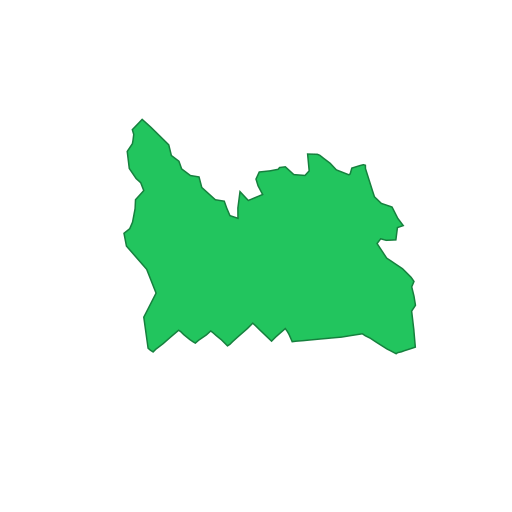 outline of Al-Namaniya, Wasit, Iraq, rotated 315°
{"feature_id": "34846034B89044527210900", "entity_name": "Al-Namaniya", "entity_type": "district", "adm_level": 2, "iso_a3": "IRQ", "parent_name": "Iraq", "parent_adm1": "Wasit", "projection": "equal_earth", "projection_center": [45.52, 32.446], "detail": "fine", "context": "isolated", "style": "filled", "palette": "green", "viewbox_px": 512, "rotation_deg": 315, "n_neighbors": 0, "source": "geoboundaries", "source_scale": "gbopen_adm2", "svg_char_len": 1879}
<svg xmlns="http://www.w3.org/2000/svg" viewBox="0 0 512 512"><g transform="rotate(315 256 256)"><path d="M304.2,433.1L315.2,420.0L315.0,420.3L327.1,405.0L333.1,403.8L333.9,403.6L339.3,396.1L344.3,387.9L349.7,385.7L350.6,380.8L350.6,368.7L346.9,349.9L350.4,332.8L356.3,332.0L359.2,337.0L366.3,343.5L376.1,335.9L381.6,338.6L382.9,329.5L386.8,317.6L381.8,307.4L381.6,297.9L384.5,292.2L395.2,271.6L397.5,269.2L396.5,267.4L393.5,265.6L385.9,261.6L380.7,264.5L379.1,264.3L373.7,251.9L374.0,242.9L373.1,236.3L373.0,235.8L372.3,229.9L371.3,227.5L364.6,220.4L353.8,233.4L347.6,233.7L340.3,225.2L339.8,213.7L335.2,210.1L333.0,210.4L326.1,205.7L317.7,198.9L310.4,201.6L307.1,207.8L304.2,217.2L289.8,211.3L290.2,199.2L277.2,209.2L269.9,216.6L266.1,209.0L269.2,201.3L272.3,194.8L267.6,188.3L267.0,187.5L266.1,169.2L271.6,159.8L266.5,152.7L265.0,141.8L268.5,134.5L267.2,125.1L272.9,115.7L272.7,90.7L272.1,78.9L264.3,79.1L257.9,79.2L255.5,83.6L250.6,87.4L248.0,89.2L238.9,91.0L228.3,104.5L226.0,116.5L226.3,122.7L222.9,130.4L210.6,131.0L203.9,137.1L192.6,144.8L186.0,147.4L178.7,146.6L171.4,157.4L169.3,188.1L159.1,211.6L152.9,213.6L137.8,218.5L133.4,219.9L114.5,244.9L114.7,247.9L115.4,251.1L119.6,251.1L121.6,251.4L128.4,252.3L138.0,252.9L148.8,253.8L149.3,256.4L149.3,260.5L150.1,268.2L150.8,272.0L151.5,274.7L155.9,275.0L165.0,276.7L171.0,277.0L171.4,280.3L171.6,284.1L172.3,290.9L172.3,299.4L175.1,300.0L178.9,300.0L185.3,300.3L198.6,301.2L206.2,301.2L206.4,305.0L206.4,310.6L206.8,327.2L208.6,327.2L212.8,327.2L220.6,327.7L225.4,328.0L224.8,331.6L223.9,334.8L221.0,342.2L224.5,344.9L229.6,349.3L233.9,352.8L236.9,355.3L243.2,360.5L248.2,364.7L250.3,366.4L259.1,373.8L266.9,379.4L276.2,386.2L276.9,389.7L278.7,395.0L280.0,401.5L282.9,414.5L284.0,417.7L286.0,424.2L287.8,424.5L291.1,426.6L293.8,427.8L300.0,431.0L304.2,433.1Z" fill="#22c55e" stroke="#15803d" stroke-width="1.5"/></g></svg>